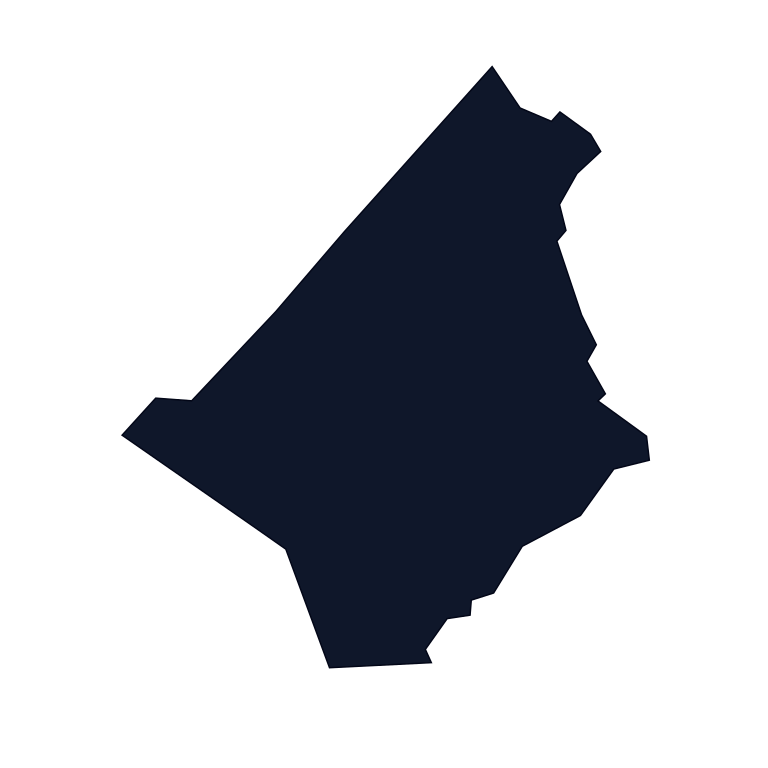 Gilmer, West Virginia, United States of America, rotated 166°
{"feature_id": "52423323B25764117522336", "entity_name": "Gilmer", "entity_type": "district", "adm_level": 2, "iso_a3": "USA", "parent_name": "United States of America", "parent_adm1": "West Virginia", "projection": "robinson", "projection_center": [-80.912, 38.914], "detail": "fine", "context": "isolated", "style": "filled", "palette": "ink", "viewbox_px": 768, "rotation_deg": 166, "n_neighbors": 0, "source": "geoboundaries", "source_scale": "gbopen_adm2", "svg_char_len": 591}
<svg xmlns="http://www.w3.org/2000/svg" viewBox="0 0 768 768"><g transform="rotate(166 384 384)"><path d="M145.0,245.9L141.9,269.8L180.5,315.8L171.6,320.9L181.6,357.0L168.5,370.7L175.6,403.2L181.7,480.8L170.3,489.0L170.3,515.7L145.8,541.6L117.5,557.2L123.2,576.4L147.5,605.4L158.0,598.3L185.2,618.9L202.3,665.8L385.6,541.4L471.8,480.2L574.7,414.2L608.9,425.5L650.5,397.7L546.9,279.4L519.2,247.5L505.5,121.9L405.5,102.2L408.1,116.5L379.5,141.1L356.4,138.9L351.6,153.2L328.2,154.7L289.1,193.1L225.2,208.9L181.6,245.9L145.0,245.9Z" fill="#0f172a" stroke="#020617" stroke-width="1.5"/></g></svg>